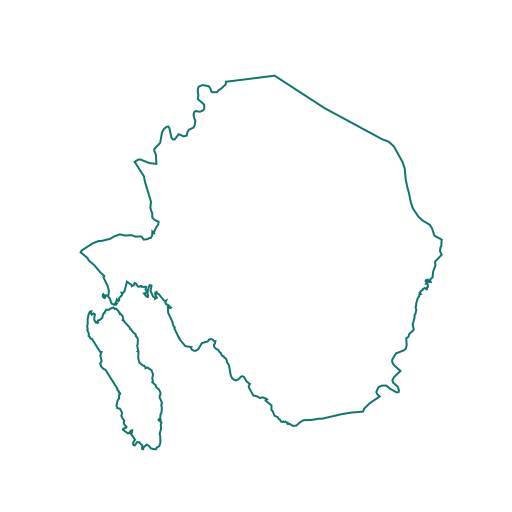 Kaoh Kong, Kaôh Kong, Cambodia, rotated 344°
{"feature_id": "14789045B37744308574617", "entity_name": "Kaoh Kong", "entity_type": "district", "adm_level": 2, "iso_a3": "KHM", "parent_name": "Cambodia", "parent_adm1": "Kaôh Kong", "projection": "natural_earth1", "projection_center": [103.11, 11.431], "detail": "fine", "context": "isolated", "style": "outline", "palette": "teal", "viewbox_px": 512, "rotation_deg": 344, "n_neighbors": 0, "source": "geoboundaries", "source_scale": "gbopen_adm2", "svg_char_len": 6049}
<svg xmlns="http://www.w3.org/2000/svg" viewBox="0 0 512 512"><g transform="rotate(344 256 256)"><path d="M395.2,352.0L395.3,348.8L396.3,348.0L396.7,346.1L399.7,341.4L401.9,339.4L402.2,338.2L403.9,338.1L403.1,336.5L405.5,334.8L406.7,334.7L407.3,333.8L409.3,333.3L410.9,335.1L411.3,334.9L411.7,333.4L412.5,333.3L413.3,331.1L413.0,329.9L411.7,329.5L413.2,327.6L412.1,326.8L412.4,326.3L413.5,325.9L414.8,326.2L415.4,327.8L414.7,328.4L416.8,329.1L416.6,327.5L417.1,326.5L419.8,325.2L422.0,319.8L425.9,314.4L426.2,311.7L426.9,310.6L434.8,306.0L434.2,302.0L435.8,298.4L436.8,297.6L439.0,291.4L433.1,285.7L432.8,277.8L431.6,273.8L425.9,267.8L422.9,262.9L419.9,253.3L419.6,246.4L420.4,237.5L420.4,231.9L421.0,223.7L423.0,213.2L422.8,206.2L418.7,188.6L415.0,182.6L409.4,178.5L362.4,132.5L323.6,87.8L275.1,80.2L274.2,82.7L268.5,85.6L266.2,86.1L263.7,87.8L259.3,86.6L258.4,85.8L258.4,82.8L257.4,79.8L251.7,76.9L247.9,77.4L247.1,77.9L245.7,80.4L244.9,85.4L243.4,89.2L247.9,96.2L246.8,100.3L245.1,101.5L241.8,101.9L238.1,100.1L236.5,100.4L234.9,103.0L234.6,106.7L235.0,109.2L233.1,113.4L231.4,115.3L226.5,116.1L224.5,117.7L222.5,121.2L219.4,121.0L215.2,117.6L210.0,121.5L208.4,121.2L207.3,118.7L208.0,109.5L207.4,107.4L205.9,107.1L202.5,108.5L199.7,111.3L195.1,120.8L187.8,125.1L187.2,126.8L187.7,131.1L185.6,140.0L179.3,137.4L171.5,131.4L169.3,130.9L165.3,132.0L170.2,148.4L169.7,153.9L170.0,175.0L167.8,180.2L167.7,184.2L168.1,185.9L166.9,190.5L168.7,193.6L171.8,196.2L170.7,198.8L168.1,200.8L164.6,204.8L163.8,204.2L164.2,206.1L163.6,206.1L163.0,204.4L161.8,207.6L160.6,209.1L160.0,209.6L158.0,209.4L156.4,209.9L152.5,209.3L151.5,206.0L150.4,205.3L145.8,204.3L141.9,201.6L136.0,200.3L131.1,197.7L124.9,198.1L120.5,199.3L112.1,199.0L108.9,198.2L102.6,198.8L90.0,202.6L88.4,204.1L93.3,211.2L94.1,214.4L98.0,220.2L101.9,228.9L104.7,233.5L103.5,234.5L105.1,243.8L105.0,249.0L103.3,253.0L102.6,253.4L102.1,252.8L103.6,256.2L104.1,262.0L106.3,263.8L108.1,264.2L109.0,263.5L107.2,263.0L108.7,262.0L110.2,259.4L111.2,261.4L112.3,260.9L112.7,258.9L116.5,256.5L117.0,255.3L116.7,254.4L117.9,255.0L120.1,253.3L124.9,245.1L128.3,249.5L128.2,250.8L130.6,250.3L131.9,248.4L133.3,249.8L133.2,250.7L134.3,253.0L135.8,253.4L136.4,253.0L137.6,253.4L137.6,254.1L141.8,255.4L140.5,258.0L141.4,259.7L140.2,261.1L138.0,261.1L139.4,264.5L140.3,265.5L140.8,265.6L141.2,265.0L141.6,261.1L144.1,256.6L145.8,254.7L147.4,255.6L145.0,260.5L145.9,266.6L147.4,268.3L147.3,269.3L149.2,268.8L148.5,264.9L149.1,263.5L150.5,263.1L150.6,264.9L152.0,265.8L155.3,273.5L156.5,274.3L157.3,274.1L156.0,275.7L156.4,277.6L157.7,278.5L160.0,282.2L159.1,282.4L157.2,280.9L155.9,286.3L157.6,297.1L157.3,297.8L157.5,301.0L158.2,302.2L157.6,303.3L159.3,313.3L159.7,313.3L159.7,315.3L163.3,323.2L168.8,325.8L168.2,326.7L168.4,328.1L170.5,330.2L172.7,330.4L174.8,329.7L180.0,324.8L186.4,324.8L187.7,323.4L189.7,323.4L191.1,324.2L192.5,326.4L193.5,326.7L192.4,328.9L191.3,329.6L190.8,331.1L191.1,332.8L192.6,334.9L193.6,335.5L194.5,338.4L195.4,339.3L195.7,342.3L197.3,343.7L197.6,345.2L198.7,346.1L199.2,348.5L198.8,349.5L199.9,353.6L198.8,363.7L199.3,366.7L200.8,369.0L202.5,370.1L204.8,369.8L208.8,367.7L210.1,368.0L211.0,368.9L212.5,374.2L214.8,377.2L213.1,379.1L212.9,380.4L215.0,389.4L218.1,391.0L220.6,393.6L223.5,393.7L226.8,396.3L227.1,396.8L225.8,397.0L225.3,397.6L229.7,403.8L228.4,408.3L229.3,409.9L229.8,414.7L232.7,417.2L232.8,418.6L234.1,420.3L234.4,422.0L235.5,422.8L236.7,422.6L237.6,423.4L238.6,423.3L239.6,424.7L240.4,424.9L240.1,426.1L241.9,426.5L244.8,429.6L248.2,430.1L252.3,428.0L256.3,426.9L264.0,428.9L271.6,429.7L274.4,430.6L295.6,431.7L305.1,432.9L315.9,435.1L318.0,432.5L324.9,428.8L336.2,425.1L334.5,422.4L334.1,420.6L334.5,419.3L337.7,415.8L341.2,415.3L345.4,416.4L348.4,420.6L352.9,425.2L354.3,426.1L355.6,426.1L356.4,424.4L356.2,420.5L353.0,415.7L352.8,413.2L355.2,410.5L363.2,406.3L358.3,398.6L357.7,395.1L358.4,393.2L363.7,388.2L371.7,387.5L374.4,386.5L376.3,383.2L377.7,376.5L380.3,375.7L381.8,373.2L386.7,370.8L387.4,369.9L387.7,365.1L391.6,358.7L392.1,356.5L393.1,355.9L395.2,352.0ZM82.0,267.2L81.5,265.3L82.4,263.8L81.1,263.7L79.1,265.8L76.7,270.5L75.4,275.2L74.3,277.0L74.2,279.6L73.4,280.6L73.9,284.9L73.0,286.7L73.8,287.8L74.2,289.8L75.4,290.3L79.8,305.3L81.0,305.7L78.9,308.8L78.7,314.3L76.5,316.5L76.8,318.1L76.5,319.2L78.3,322.6L79.9,323.8L86.2,345.4L85.8,346.5L86.7,347.6L86.6,349.4L87.1,349.4L87.6,350.9L86.0,352.1L85.1,355.3L83.4,356.3L80.6,361.5L80.8,364.1L83.1,365.2L84.0,369.3L83.8,370.6L82.5,372.5L82.9,375.2L84.0,378.0L82.9,379.6L82.9,380.6L83.2,382.4L84.4,384.3L84.1,385.1L80.7,385.5L80.2,386.3L83.9,391.1L86.2,391.5L86.6,390.9L86.1,390.5L88.1,389.3L89.0,389.4L87.9,391.6L87.4,391.3L86.7,392.3L89.1,399.3L86.7,401.2L86.0,403.0L86.4,404.2L87.3,404.6L90.3,402.2L92.6,402.9L92.6,403.6L94.4,406.7L94.2,408.0L93.3,409.2L93.4,410.2L94.3,410.6L94.7,409.2L99.0,407.1L100.9,409.3L102.0,412.1L106.4,414.3L107.6,412.9L110.7,412.0L112.7,408.9L114.1,403.4L114.5,400.0L117.0,396.2L118.0,391.8L119.3,389.9L117.1,386.8L117.7,386.3L118.3,387.2L119.2,387.2L119.0,386.1L120.6,381.7L121.6,381.1L122.7,378.6L123.8,375.4L123.8,373.2L125.1,371.5L124.4,365.2L125.0,363.6L125.8,363.2L126.5,360.9L125.9,357.6L124.0,354.8L123.8,352.4L121.5,348.6L122.4,347.8L122.5,345.1L124.4,341.4L124.1,337.1L121.1,333.4L118.9,333.4L119.1,332.5L118.3,330.8L117.1,330.1L114.6,326.5L114.6,321.8L116.7,315.5L116.0,315.0L116.5,314.7L117.1,309.3L117.8,308.5L119.4,304.0L119.3,301.9L118.3,299.7L118.8,298.9L118.5,298.0L116.8,295.3L115.4,291.6L114.8,291.4L114.8,289.8L111.3,282.9L111.2,281.7L110.1,281.0L111.1,279.3L111.1,276.6L110.0,274.6L109.1,274.3L109.4,272.8L108.7,272.4L108.7,271.0L106.9,268.1L105.7,268.1L104.7,266.2L100.9,266.5L99.8,267.2L97.3,266.3L95.5,267.8L94.9,269.0L94.0,268.9L92.8,270.2L91.1,273.1L88.3,274.4L86.4,274.4L85.6,276.0L85.8,276.5L85.1,276.6L84.9,275.4L83.7,275.7L83.0,273.3L83.3,271.4L85.0,267.7L84.0,266.4L82.0,267.2ZM102.1,252.8L99.3,252.1L98.7,250.6L98.0,251.2L97.6,252.6L98.1,254.0L99.1,254.7L100.6,252.9L102.1,252.8Z" fill="none" stroke="#0f766e" stroke-width="2"/></g></svg>